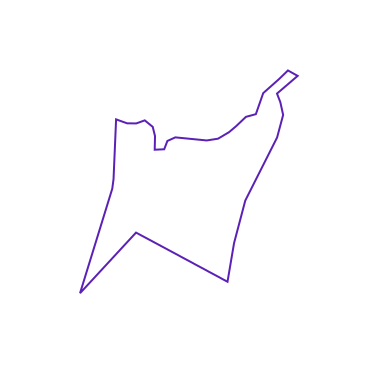 Lucrécia, Rio Grande do Norte, Brazil, rotated 247°
{"feature_id": "56859067B24912804909382", "entity_name": "Lucrécia", "entity_type": "district", "adm_level": 2, "iso_a3": "BRA", "parent_name": "Brazil", "parent_adm1": "Rio Grande do Norte", "projection": "natural_earth1", "projection_center": [-37.811, -6.105], "detail": "fine", "context": "isolated", "style": "outline", "palette": "violet", "viewbox_px": 384, "rotation_deg": 247, "n_neighbors": 0, "source": "geoboundaries", "source_scale": "gbopen_adm2", "svg_char_len": 560}
<svg xmlns="http://www.w3.org/2000/svg" viewBox="0 0 384 384"><g transform="rotate(247 192 192)"><path d="M288.5,150.5L234.5,124.8L226.2,119.9L142.6,49.4L176.5,124.6L153.9,142.8L95.5,189.6L128.6,210.8L163.3,237.7L208.9,291.6L227.3,306.0L240.1,308.4L249.4,308.7L257.6,334.6L266.4,327.8L262.0,316.4L255.2,296.2L238.7,281.2L240.1,271.0L235.4,258.5L232.6,249.4L230.9,236.8L233.7,225.7L248.8,198.0L248.6,189.3L242.2,183.1L245.5,174.2L257.9,179.8L267.3,181.3L276.4,176.5L276.9,167.6L280.5,159.2L288.5,150.5Z" fill="none" stroke="#5b21b6" stroke-width="2"/></g></svg>